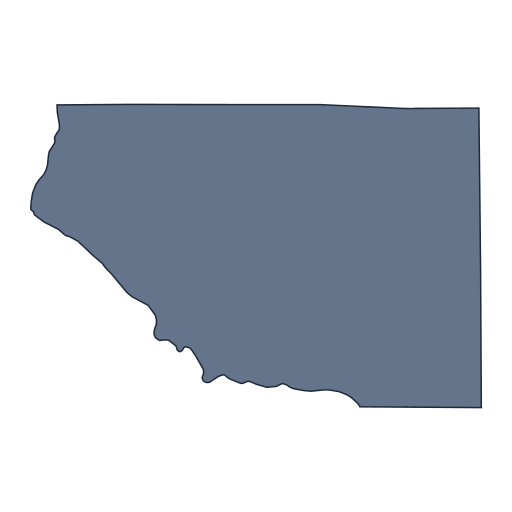 Pierce, Wisconsin, United States of America
{"feature_id": "52423323B27488626523847", "entity_name": "Pierce", "entity_type": "district", "adm_level": 2, "iso_a3": "USA", "parent_name": "United States of America", "parent_adm1": "Wisconsin", "projection": "albers", "projection_center": [-92.581, 44.701], "detail": "fine", "context": "isolated", "style": "filled", "palette": "slate", "viewbox_px": 512, "rotation_deg": 0, "n_neighbors": 0, "source": "geoboundaries", "source_scale": "gbopen_adm2", "svg_char_len": 1395}
<svg xmlns="http://www.w3.org/2000/svg" viewBox="0 0 512 512"><path d="M478.9,108.1L414.7,108.4L412.2,108.6L402.4,108.4L319.8,104.6L238.4,104.6L129.8,104.4L57.0,104.9L57.3,112.1L59.4,124.6L59.4,128.2L58.9,130.3L56.7,133.3L54.8,136.8L54.5,138.4L55.0,141.5L54.5,143.1L49.3,151.4L48.6,154.4L47.5,165.0L46.0,170.4L43.6,174.7L38.8,180.1L35.9,184.5L32.6,192.9L31.2,201.8L30.7,208.8L31.2,209.9L33.4,211.7L34.1,213.2L34.3,214.2L34.4,214.8L44.1,222.1L58.7,229.5L64.7,234.9L66.6,235.9L69.3,236.5L77.9,241.2L81.4,244.5L94.0,256.4L102.2,263.3L105.1,267.3L111.8,274.3L126.4,291.9L128.9,294.2L132.3,296.9L148.2,305.4L155.1,314.9L156.4,319.4L156.4,324.0L154.5,329.4L154.0,332.0L154.1,334.4L155.3,337.4L157.6,339.4L159.9,340.5L164.9,339.8L168.6,340.2L176.0,346.0L177.2,349.9L178.9,351.5L179.9,351.7L182.0,350.7L183.8,347.8L185.0,346.8L187.8,347.2L190.1,348.2L191.6,349.9L195.9,356.3L203.3,369.3L203.6,372.5L203.4,374.1L202.4,376.5L202.2,378.3L203.2,380.7L204.5,381.8L207.0,382.6L209.5,382.3L218.4,376.4L222.7,374.9L224.4,374.9L228.3,378.1L230.8,379.4L240.8,383.4L243.1,383.3L246.9,381.5L249.4,381.3L256.7,384.4L266.8,387.3L276.4,386.4L281.4,383.9L282.9,383.6L286.4,384.7L289.8,387.1L293.6,388.7L304.2,390.6L311.1,391.2L325.0,389.8L329.5,390.0L338.9,391.6L346.6,394.6L351.3,397.5L357.4,403.1L359.2,405.3L359.9,406.8L481.3,407.6L480.6,271.3L478.9,108.1Z" fill="#64748b" stroke="#1e293b" stroke-width="1.5"/></svg>